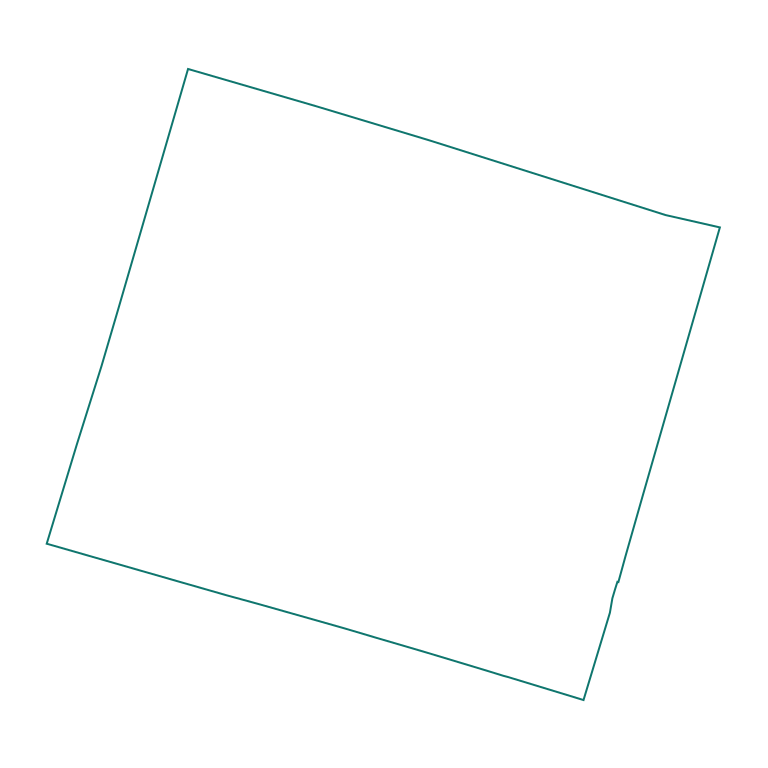 the district of Outagamie, Wisconsin, United States of America, rotated 16°
{"feature_id": "52423323B24599611590152", "entity_name": "Outagamie", "entity_type": "district", "adm_level": 2, "iso_a3": "USA", "parent_name": "United States of America", "parent_adm1": "Wisconsin", "projection": "orthographic", "projection_center": [-88.417, 44.416], "detail": "fine", "context": "isolated", "style": "outline", "palette": "teal", "viewbox_px": 768, "rotation_deg": 16, "n_neighbors": 0, "source": "geoboundaries", "source_scale": "gbopen_adm2", "svg_char_len": 501}
<svg xmlns="http://www.w3.org/2000/svg" viewBox="0 0 768 768"><g transform="rotate(16 384 384)"><path d="M103.8,630.5L200.5,630.5L290.1,630.5L323.5,630.1L411.0,629.8L413.7,629.8L446.8,630.1L498.0,630.4L564.6,631.3L579.3,631.6L583.6,631.5L662.9,632.8L664.2,541.6L662.6,527.1L662.7,517.4L662.9,509.8L663.9,509.8L663.6,482.6L663.5,419.4L663.7,140.9L608.1,144.0L360.7,137.3L241.6,135.7L108.8,135.2L107.9,384.0L107.5,444.8L105.4,526.8L103.8,630.5Z" fill="none" stroke="#0f766e" stroke-width="2"/></g></svg>